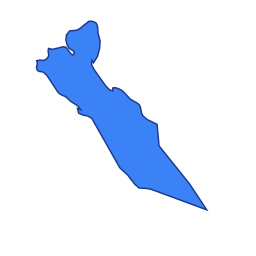 the Independent Town of Suðurnes, rotated 53°
{"feature_id": "ISL-704", "entity_name": "Suðurnes", "entity_type": "Independent Town", "adm_level": 1, "iso_a3": "ISL", "parent_name": "Iceland", "parent_adm1": "", "projection": "natural_earth1", "projection_center": [-22.463, 63.949], "detail": "fine", "context": "isolated", "style": "filled", "palette": "blue", "viewbox_px": 256, "rotation_deg": 53, "n_neighbors": 0, "source": "natural_earth", "source_scale": "10m", "svg_char_len": 1151}
<svg xmlns="http://www.w3.org/2000/svg" viewBox="0 0 256 256"><g transform="rotate(53 128 128)"><path d="M182.7,155.2L177.0,156.4L168.5,156.6L165.6,156.5L154.9,158.5L98.6,151.1L94.2,152.9L90.4,156.3L86.5,158.5L82.0,156.6L85.0,154.8L80.1,154.8L72.3,157.7L65.6,158.9L61.6,161.2L59.3,162.1L57.1,162.4L36.9,161.1L32.3,162.1L31.3,162.9L30.2,164.1L28.9,165.2L27.3,165.7L24.7,164.8L21.6,161.3L19.3,160.5L20.6,157.7L22.2,156.0L23.5,154.2L23.8,151.1L22.9,148.2L21.2,146.9L18.9,145.8L16.6,143.6L19.8,140.9L24.0,131.1L25.9,129.0L35.1,128.9L36.5,128.1L35.6,125.3L33.5,125.3L28.7,127.1L24.7,126.5L20.3,124.6L16.7,121.2L15.3,116.2L18.5,111.0L19.4,108.8L19.6,105.8L19.3,100.1L19.4,97.7L19.1,95.5L20.4,93.2L22.6,91.4L25.2,90.3L28.2,91.0L34.5,95.0L41.7,97.9L47.3,102.7L52.4,109.2L55.2,116.2L52.2,116.2L55.6,119.0L60.7,119.9L81.0,120.5L86.0,119.8L89.2,118.0L86.9,116.0L88.2,113.8L91.0,111.9L93.5,110.6L96.5,109.8L106.4,108.8L114.0,105.5L116.3,105.0L118.9,105.6L124.3,108.2L127.0,108.8L132.5,107.7L142.6,102.6L161.0,114.0L182.9,113.3L209.9,112.5L240.7,114.4L190.5,146.7L186.8,150.3L182.7,155.1L182.7,155.2Z" fill="#3b82f6" stroke="#1e3a8a" stroke-width="1.5"/></g></svg>